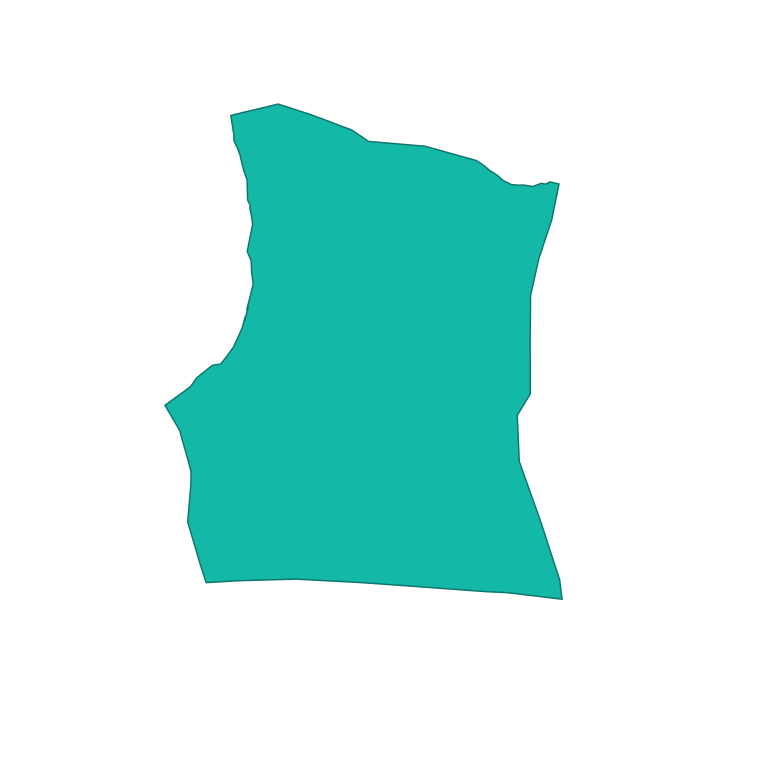 San Pedro Molinos, Oaxaca, Mexico (Albers equal-area conic projection), rotated 295°
{"feature_id": "50627088B87243805311427", "entity_name": "San Pedro Molinos", "entity_type": "district", "adm_level": 2, "iso_a3": "MEX", "parent_name": "Mexico", "parent_adm1": "Oaxaca", "projection": "albers", "projection_center": [-97.543, 17.102], "detail": "fine", "context": "isolated", "style": "filled", "palette": "teal", "viewbox_px": 768, "rotation_deg": 295, "n_neighbors": 0, "source": "geoboundaries", "source_scale": "gbopen_adm2", "svg_char_len": 1371}
<svg xmlns="http://www.w3.org/2000/svg" viewBox="0 0 768 768"><g transform="rotate(295 384 384)"><path d="M639.2,458.1L637.3,449.0L633.5,446.1L632.3,441.7L625.9,435.5L623.4,426.7L620.9,421.5L618.4,414.9L618.7,413.0L618.6,408.2L619.1,404.7L621.0,398.5L622.3,388.9L624.0,383.2L624.9,378.1L625.5,372.8L623.7,362.2L622.5,354.9L620.7,344.0L616.8,320.5L608.3,297.4L597.3,267.4L600.6,247.3L599.6,236.6L599.4,233.2L598.8,224.0L597.1,202.6L596.3,196.7L593.0,169.9L591.0,167.3L573.1,144.8L569.4,140.0L569.0,139.7L562.6,131.7L559.2,134.0L546.4,142.6L541.4,145.0L538.4,148.2L536.5,150.9L530.2,157.2L527.9,158.8L517.9,167.0L511.1,173.7L506.2,176.1L493.1,182.6L489.5,187.0L486.2,188.4L480.5,192.8L473.2,197.5L446.4,204.0L439.4,211.6L428.6,217.2L419.6,223.2L394.1,228.1L395.2,228.7L384.0,230.7L384.7,230.0L374.9,231.8L364.9,231.9L354.1,232.0L342.6,229.8L333.1,227.6L328.7,221.0L327.4,220.0L310.6,211.7L299.9,209.8L272.1,194.5L260.4,211.5L255.4,218.7L250.0,223.1L233.6,237.4L223.0,246.2L217.1,248.9L211.7,251.3L193.2,258.1L180.9,262.6L175.9,264.5L142.9,293.7L128.8,306.7L144.5,335.8L170.0,386.8L194.2,446.8L239.0,564.4L246.9,583.7L264.2,636.3L280.7,626.0L303.7,604.5L325.2,584.5L371.0,539.3L396.0,526.3L411.9,518.0L436.8,520.8L470.0,505.2L488.3,496.6L505.6,488.8L526.3,479.4L535.4,477.4L562.8,471.4L603.8,466.6L639.2,458.1Z" fill="#14b8a6" stroke="#0f766e" stroke-width="1.5"/></g></svg>